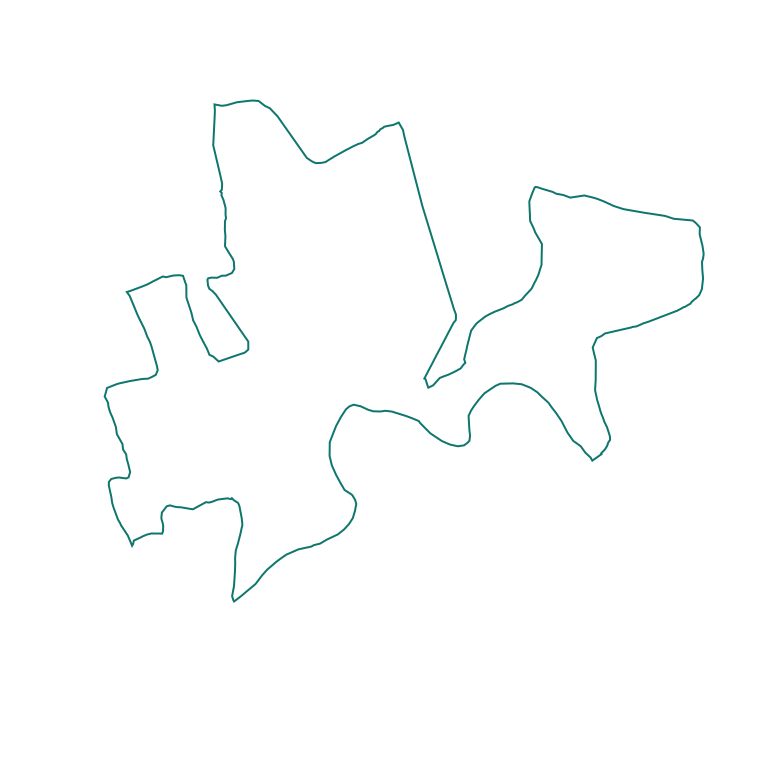 outline of Al-Mahmudiyya, Al Buhayrah, Egypt, rotated 108°
{"feature_id": "37247803B49167572517761", "entity_name": "Al-Mahmudiyya", "entity_type": "district", "adm_level": 2, "iso_a3": "EGY", "parent_name": "Egypt", "parent_adm1": "Al Buhayrah", "projection": "mercator", "projection_center": [30.503, 31.197], "detail": "fine", "context": "isolated", "style": "outline", "palette": "teal", "viewbox_px": 768, "rotation_deg": 108, "n_neighbors": 0, "source": "geoboundaries", "source_scale": "gbopen_adm2", "svg_char_len": 6154}
<svg xmlns="http://www.w3.org/2000/svg" viewBox="0 0 768 768"><g transform="rotate(108 384 384)"><path d="M170.5,631.6L176.0,629.4L182.3,627.6L209.7,620.2L235.9,604.3L243.4,599.9L247.1,598.8L249.3,598.3L251.5,599.2L251.9,598.1L252.3,597.4L254.8,596.9L258.6,593.5L261.6,591.6L264.8,589.5L265.9,588.9L272.0,587.0L275.1,585.5L278.5,585.5L283.9,583.8L286.0,583.2L292.7,580.4L299.2,578.6L301.2,578.1L302.3,577.6L305.7,573.7L311.8,566.4L314.4,564.4L315.9,563.9L320.9,561.9L323.1,562.4L325.5,563.0L329.8,567.9L331.2,571.8L334.5,575.4L335.0,577.0L336.1,580.9L337.8,583.9L339.4,584.1L343.6,582.3L344.4,582.0L347.4,579.6L348.4,576.6L348.7,575.7L350.9,571.6L356.4,564.4L385.6,526.2L393.2,523.7L397.2,526.1L401.9,532.5L413.7,548.2L410.7,554.8L410.2,559.0L405.0,563.4L399.0,569.7L394.4,574.3L387.2,580.3L382.4,585.2L376.2,588.9L369.3,593.9L362.9,598.6L357.3,600.5L351.0,602.6L349.9,603.6L343.2,608.6L343.9,612.7L346.1,618.2L347.8,621.0L349.8,624.3L350.1,627.6L357.3,634.9L362.1,639.5L363.9,641.6L366.4,644.6L370.6,649.9L373.2,653.1L376.0,657.0L376.8,655.9L378.8,653.1L380.9,651.3L387.2,645.9L389.9,643.6L393.5,640.6L397.5,636.9L405.2,629.3L409.9,625.5L412.1,623.8L416.2,619.7L420.0,616.8L429.1,610.8L436.9,605.6L440.7,603.5L443.5,603.7L445.7,603.8L449.4,607.3L451.9,610.1L453.4,614.2L454.6,616.8L459.8,626.7L465.5,636.4L467.0,638.5L473.4,646.2L477.8,645.9L482.2,645.8L485.0,642.8L487.2,640.6L489.3,639.7L491.3,638.7L495.9,635.4L499.7,631.9L507.6,625.8L514.3,622.5L522.0,614.1L524.4,613.1L526.0,612.4L527.2,611.6L528.9,609.5L530.6,607.5L535.1,605.3L538.9,602.7L546.2,598.2L551.7,598.1L553.4,599.8L554.2,603.5L554.7,606.8L556.0,609.9L556.6,610.9L558.7,614.1L560.1,614.6L562.3,615.4L564.0,614.8L565.5,614.4L568.4,612.7L570.3,611.6L573.2,609.9L575.7,608.4L577.8,607.4L578.8,606.9L581.4,605.6L583.8,603.9L585.4,602.8L592.3,597.3L594.7,595.5L596.2,593.9L597.7,592.2L599.6,590.5L602.7,586.6L604.8,584.0L606.6,581.7L607.1,581.0L611.4,577.2L615.7,573.6L613.8,573.2L610.2,573.5L604.9,567.8L603.7,566.7L600.5,563.0L598.6,559.9L598.1,559.2L594.8,548.7L592.2,548.7L586.8,550.3L583.7,552.1L582.4,553.1L580.6,554.2L579.2,554.6L575.0,555.5L567.5,552.9L565.6,550.1L565.4,545.7L565.1,543.0L564.0,539.0L562.7,530.1L562.2,527.0L557.4,522.5L551.4,516.8L550.8,513.7L549.3,511.3L545.3,506.4L541.1,497.5L540.8,494.0L539.6,493.4L540.1,492.4L540.8,491.3L542.2,486.0L544.6,483.9L555.1,478.1L557.0,477.2L561.9,475.1L564.8,474.9L569.3,474.4L572.5,474.1L573.7,474.1L575.0,474.0L581.2,473.6L584.8,473.6L588.1,473.5L595.7,471.8L599.8,470.3L605.3,468.7L607.4,468.1L609.2,467.6L622.6,464.2L632.7,462.9L634.7,461.5L636.5,460.2L637.2,459.4L630.1,454.5L623.0,450.1L614.0,444.4L603.4,440.7L596.6,437.7L586.3,431.4L582.3,428.6L576.5,424.2L567.7,414.3L561.0,402.8L558.9,400.9L555.6,395.5L549.7,390.3L541.3,381.4L534.6,377.0L528.0,374.0L521.1,372.2L513.7,372.4L506.7,373.3L503.2,375.6L499.5,379.8L498.8,381.8L497.0,388.7L491.5,394.9L485.1,401.6L477.6,408.4L469.3,413.5L456.1,417.6L438.8,416.6L428.4,414.7L419.7,412.3L416.0,410.0L413.1,406.5L412.4,399.5L413.4,391.2L413.3,385.9L411.3,379.0L409.1,374.5L407.8,368.1L407.6,353.1L407.9,346.4L408.5,339.5L410.0,337.5L416.6,324.7L420.4,311.2L421.2,302.2L420.4,294.5L417.6,288.9L414.4,286.6L411.6,285.2L406.5,286.2L401.3,288.6L392.6,292.0L388.1,293.7L382.4,293.0L376.9,291.5L369.2,288.8L361.8,285.6L351.3,277.4L347.8,273.5L343.6,261.6L341.7,253.1L342.0,247.6L342.4,242.9L344.6,235.3L347.2,230.2L351.0,221.8L354.6,217.0L358.4,211.4L364.3,203.8L373.5,194.5L379.6,186.5L381.1,181.7L382.5,177.5L387.1,171.3L390.1,164.8L392.5,162.2L383.4,155.4L382.8,156.0L378.3,153.8L377.1,153.4L375.2,153.0L374.3,152.7L370.1,152.6L367.3,151.7L364.3,152.8L360.2,155.6L356.0,158.7L351.8,162.8L348.2,165.5L345.8,167.6L343.2,169.6L337.8,173.2L332.5,176.9L330.9,177.7L327.7,179.6L324.9,181.2L323.7,181.6L320.6,182.4L316.8,183.4L315.1,183.8L311.7,184.9L305.7,186.8L299.4,188.8L296.0,189.9L293.5,191.5L292.2,192.3L291.0,193.1L287.3,195.3L284.8,196.8L283.8,196.7L274.5,195.7L271.3,192.1L267.7,189.5L258.8,174.7L253.9,166.4L252.9,165.2L251.2,161.7L248.2,158.3L246.5,156.5L245.9,155.7L243.1,151.8L224.9,129.3L223.9,128.0L220.5,124.7L218.2,122.6L217.4,121.4L214.4,118.8L213.1,117.5L210.7,116.7L208.5,115.4L207.5,114.8L206.5,114.0L202.2,111.7L196.6,111.1L195.4,111.0L191.2,111.9L185.2,113.1L176.9,116.6L169.7,119.3L166.2,119.3L162.4,120.0L161.2,120.3L154.0,123.9L150.8,125.9L144.2,130.0L137.4,132.0L134.3,137.6L133.1,140.9L137.3,159.5L137.3,168.6L138.9,178.5L140.6,188.7L143.7,210.4L143.7,221.1L143.4,222.9L142.4,231.5L142.0,238.9L142.1,242.6L142.8,251.7L149.2,264.5L148.9,270.7L149.0,272.9L149.8,278.8L149.6,280.5L149.2,282.9L149.5,294.7L149.4,298.6L149.8,300.9L151.3,301.5L152.5,301.6L157.4,302.0L164.5,302.2L165.4,302.2L167.2,301.6L177.5,297.7L183.8,295.4L188.4,291.0L189.9,289.6L193.0,287.1L202.1,277.0L213.9,273.5L221.9,271.0L227.6,271.0L232.3,270.9L239.0,271.7L240.7,272.1L247.8,273.1L256.8,277.3L261.4,279.1L265.4,282.9L266.9,285.0L268.1,285.8L271.5,290.3L273.9,292.6L275.4,294.1L281.0,301.0L283.1,303.2L285.0,305.2L288.4,308.4L295.0,312.9L297.2,314.3L298.6,315.0L300.2,315.6L306.3,317.6L311.7,317.3L320.8,316.7L323.5,316.5L325.3,316.2L328.4,316.0L335.7,315.4L338.8,313.2L340.8,314.3L345.7,316.0L347.6,317.9L348.8,318.9L352.4,322.6L355.4,325.8L358.3,329.6L361.0,332.8L363.0,333.7L365.7,334.9L370.0,336.8L373.8,340.7L371.5,342.5L368.4,344.7L366.5,346.1L366.4,347.3L362.7,346.7L358.6,346.0L354.3,345.3L348.2,344.2L344.8,343.7L335.5,342.1L331.1,341.3L315.5,338.7L307.3,337.3L304.1,336.7L301.2,335.5L299.5,335.8L295.6,337.1L291.6,340.3L290.5,341.1L280.8,347.9L261.9,361.2L231.0,382.8L202.6,402.7L142.7,440.9L140.3,442.3L136.6,444.4L130.8,450.8L134.7,455.2L137.2,459.8L139.3,463.4L140.4,463.9L143.0,466.3L144.9,466.8L146.0,468.0L148.9,469.1L149.8,469.8L150.5,470.3L152.5,472.1L156.3,475.5L158.3,477.0L161.3,479.3L162.6,481.1L163.8,482.8L168.2,487.5L171.0,490.2L173.4,492.6L174.8,493.9L182.7,501.3L185.9,504.0L187.9,505.7L191.1,508.3L193.1,512.1L195.0,517.0L194.8,519.7L194.4,521.9L192.8,527.3L162.3,568.0L157.0,577.8L156.3,583.2L153.6,590.7L154.6,595.1L155.5,597.8L156.6,600.3L161.4,610.8L166.3,618.1L167.5,619.9L169.5,624.1L170.5,631.6Z" fill="none" stroke="#0f766e" stroke-width="2"/></g></svg>